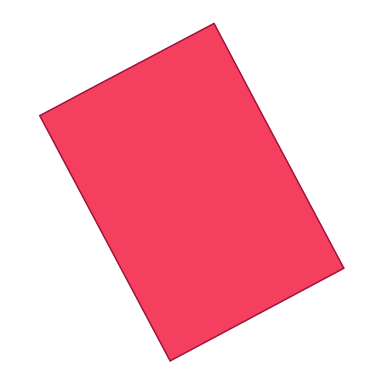 outline of Winnebago, Iowa, United States of America, rotated 62°
{"feature_id": "52423323B32646227852177", "entity_name": "Winnebago", "entity_type": "district", "adm_level": 2, "iso_a3": "USA", "parent_name": "United States of America", "parent_adm1": "Iowa", "projection": "orthographic", "projection_center": [-93.701, 43.377], "detail": "fine", "context": "isolated", "style": "filled", "palette": "rose", "viewbox_px": 384, "rotation_deg": 62, "n_neighbors": 0, "source": "geoboundaries", "source_scale": "gbopen_adm2", "svg_char_len": 378}
<svg xmlns="http://www.w3.org/2000/svg" viewBox="0 0 384 384"><g transform="rotate(62 192 192)"><path d="M53.5,93.4L53.1,220.4L53.1,290.6L330.9,290.6L330.6,93.7L312.4,93.7L310.2,93.7L294.8,93.7L284.2,93.7L260.5,93.7L242.1,93.7L212.4,93.7L209.1,93.7L206.9,93.7L202.5,93.7L171.9,93.7L156.8,93.7L155.9,93.7L53.5,93.4Z" fill="#f43f5e" stroke="#9f1239" stroke-width="1.5"/></g></svg>